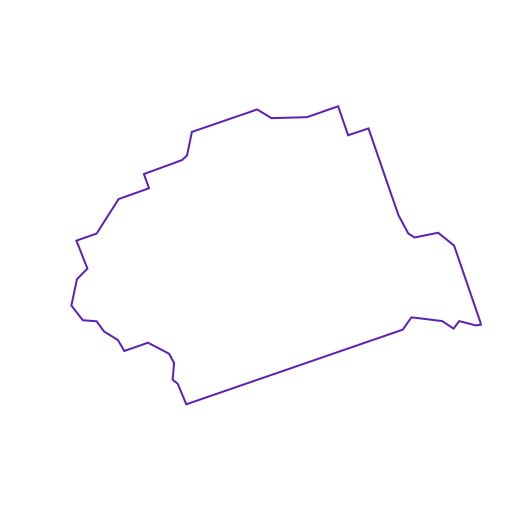 Evangeline, Louisiana, United States of America, rotated 251°
{"feature_id": "52423323B28730875803746", "entity_name": "Evangeline", "entity_type": "district", "adm_level": 2, "iso_a3": "USA", "parent_name": "United States of America", "parent_adm1": "Louisiana", "projection": "natural_earth1", "projection_center": [-92.405, 30.74], "detail": "fine", "context": "isolated", "style": "outline", "palette": "violet", "viewbox_px": 512, "rotation_deg": 251, "n_neighbors": 0, "source": "geoboundaries", "source_scale": "gbopen_adm2", "svg_char_len": 674}
<svg xmlns="http://www.w3.org/2000/svg" viewBox="0 0 512 512"><g transform="rotate(251 256 256)"><path d="M370.0,176.7L354.9,176.9L354.6,144.7L329.1,112.6L329.0,91.2L299.0,92.5L292.4,79.2L269.3,65.3L251.7,71.3L246.2,84.0L234.0,87.8L221.5,98.1L209.1,100.6L209.2,125.6L191.9,142.0L181.4,143.7L166.2,136.9L160.6,140.4L138.5,141.8L138.6,370.8L147.4,383.0L133.9,410.8L123.0,419.2L128.3,426.9L118.8,441.3L117.8,446.2L120.8,446.6L201.3,446.7L218.7,435.8L221.9,411.9L227.7,407.3L248.2,404.0L281.6,403.9L340.0,403.9L340.2,382.4L370.8,382.4L370.7,349.3L381.3,315.5L394.2,304.8L394.2,235.8L373.5,223.5L370.8,217.4L370.0,176.7Z" fill="none" stroke="#5b21b6" stroke-width="2"/></g></svg>